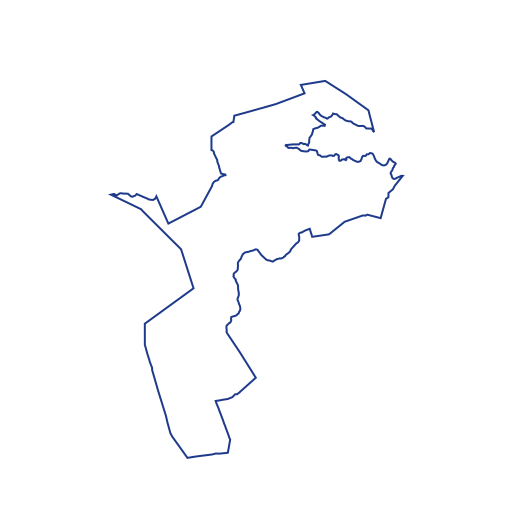 San Andrés Teotilálpam, Oaxaca, Mexico (Robinson projection), rotated 142°
{"feature_id": "50627088B65855706883459", "entity_name": "San Andrés Teotilálpam", "entity_type": "district", "adm_level": 2, "iso_a3": "MEX", "parent_name": "Mexico", "parent_adm1": "Oaxaca", "projection": "robinson", "projection_center": [-96.621, 17.951], "detail": "fine", "context": "isolated", "style": "outline", "palette": "blue", "viewbox_px": 512, "rotation_deg": 142, "n_neighbors": 0, "source": "geoboundaries", "source_scale": "gbopen_adm2", "svg_char_len": 6104}
<svg xmlns="http://www.w3.org/2000/svg" viewBox="0 0 512 512"><g transform="rotate(142 256 256)"><path d="M115.3,363.2L117.6,354.3L147.1,363.6L174.5,374.8L186.7,379.9L191.3,375.5L192.0,375.9L197.8,376.1L217.5,377.6L225.9,366.9L225.2,365.9L225.1,364.2L225.3,363.6L225.9,362.9L226.0,362.1L226.3,361.3L226.5,360.6L226.6,359.8L226.8,358.9L227.2,357.2L227.3,356.1L227.8,354.9L228.3,354.4L228.7,353.4L229.1,351.9L229.8,349.7L230.5,348.4L231.2,346.6L231.7,345.4L232.6,343.0L232.6,342.3L232.0,341.4L230.8,340.0L230.0,339.0L230.3,338.5L231.3,339.1L232.8,339.5L233.4,339.6L234.6,340.1L236.6,340.2L237.8,339.8L238.6,339.4L239.4,339.3L240.0,339.4L240.7,339.8L241.4,340.1L242.8,340.3L244.6,340.0L245.6,339.6L246.6,339.0L247.3,338.3L269.2,328.8L305.1,335.5L297.8,364.3L298.5,363.9L299.4,363.6L300.6,363.2L301.8,363.5L302.5,363.5L303.1,364.0L304.7,365.5L305.5,366.4L306.2,367.9L308.1,371.3L311.9,378.3L313.4,378.0L314.3,378.0L315.9,378.6L316.6,378.6L317.3,379.2L317.8,379.9L318.2,381.7L318.4,383.2L318.7,384.0L321.1,386.1L321.7,386.4L322.4,387.1L323.3,388.2L324.2,388.9L324.8,389.2L328.2,389.5L328.8,389.9L329.2,390.9L329.4,391.9L329.8,392.4L332.6,393.7L317.7,363.5L317.7,361.9L310.9,307.4L325.1,269.0L385.3,271.1L398.3,254.4L398.4,254.1L400.9,248.0L402.0,245.4L404.0,239.9L404.8,238.2L406.8,231.6L407.7,230.7L408.1,229.9L416.2,209.8L425.3,185.7L428.9,178.0L428.9,177.8L432.5,169.2L433.2,165.4L434.3,139.1L431.5,137.6L426.8,135.0L421.4,131.8L413.3,126.9L410.9,125.8L409.3,125.1L406.4,122.7L402.1,120.0L401.3,119.5L399.3,118.3L389.4,127.2L389.3,127.6L388.9,129.2L388.3,130.8L387.0,134.8L385.7,139.1L385.7,139.3L385.5,139.6L385.1,140.6L384.3,143.6L383.3,146.3L379.9,157.3L379.2,159.4L378.0,163.9L377.4,165.6L377.0,166.6L373.9,164.8L370.2,162.9L366.3,160.7L361.4,159.3L357.7,159.9L355.9,158.7L354.0,158.7L352.8,158.6L352.3,158.8L331.1,160.2L328.0,190.1L326.3,212.9L325.9,214.5L325.0,215.1L324.7,215.8L324.0,216.8L323.0,218.3L322.6,218.8L322.0,219.1L321.0,219.4L319.8,219.4L318.5,219.7L317.6,219.4L316.8,219.6L315.7,220.1L314.9,220.8L314.4,221.8L313.7,222.6L313.1,223.1L312.0,222.8L309.4,221.7L308.9,221.5L307.7,221.3L306.2,221.6L305.2,221.4L303.4,222.5L302.7,222.6L302.0,223.1L301.0,223.8L300.6,224.3L300.2,225.1L299.5,226.4L298.9,228.6L298.2,230.5L297.8,231.7L297.6,232.7L297.0,233.6L294.5,235.1L293.3,236.0L293.0,236.6L292.3,237.5L291.8,238.5L291.4,239.2L290.9,240.2L289.8,241.9L288.8,243.1L288.5,243.7L288.1,244.5L287.8,245.9L287.6,247.2L287.1,249.2L286.6,249.5L286.5,250.3L286.6,251.7L286.4,253.7L285.6,254.2L285.2,255.1L284.3,255.8L283.1,256.0L282.3,255.9L281.0,255.9L280.2,256.1L279.0,256.5L278.2,257.1L276.8,258.8L276.1,259.4L275.5,260.5L274.4,261.8L273.4,262.3L272.3,262.7L270.0,263.0L268.9,263.6L268.0,264.2L267.0,264.7L266.4,264.9L265.3,265.6L264.1,265.5L262.8,265.6L261.1,264.9L260.0,264.3L258.9,263.7L257.1,263.3L256.2,262.7L255.5,262.3L253.0,261.7L252.1,261.4L251.3,260.5L251.0,259.8L251.2,253.4L250.1,246.6L249.7,246.0L248.8,244.7L248.1,244.1L246.9,242.2L246.2,241.2L244.7,241.2L241.2,240.6L238.7,239.4L238.3,238.9L236.8,238.3L235.6,238.0L234.6,238.1L233.1,238.0L232.3,238.4L230.5,238.5L228.3,238.4L227.4,238.5L226.2,238.6L225.2,239.3L223.5,239.9L216.3,241.1L214.8,240.9L213.7,241.1L212.4,241.6L211.9,242.4L211.4,242.9L210.7,243.7L210.2,244.4L209.2,246.6L208.5,247.2L207.4,247.2L206.8,247.1L205.5,246.4L201.5,245.8L197.9,244.7L196.9,244.4L199.9,236.5L185.1,228.1L165.1,228.4L147.2,222.3L146.2,221.7L144.9,220.4L142.9,220.1L134.5,209.1L118.4,221.0L115.5,220.8L112.8,224.1L106.9,224.3L103.5,225.9L91.1,228.8L92.3,229.8L94.0,230.1L95.8,230.6L96.9,230.9L98.0,231.0L99.6,231.5L100.3,232.6L100.4,234.0L99.4,236.5L99.1,238.2L98.2,238.9L96.6,239.4L95.2,240.0L94.1,240.9L92.2,241.4L91.6,242.0L90.6,242.2L89.0,242.8L89.0,243.9L89.7,245.1L90.2,246.9L90.3,248.1L90.3,249.8L90.8,250.5L91.6,250.3L93.4,249.3L95.6,248.2L97.2,247.9L98.9,248.3L100.2,249.3L101.0,250.6L101.6,252.9L102.1,254.1L102.7,255.3L102.8,257.3L102.3,260.0L101.8,261.2L101.1,264.3L101.5,265.6L102.9,267.0L104.6,266.9L106.1,267.9L108.0,267.4L108.8,268.0L109.9,269.0L111.6,268.6L113.4,267.3L115.3,266.5L117.3,267.1L118.4,268.1L119.4,270.0L120.3,271.6L120.6,273.1L121.3,274.4L121.5,276.3L122.6,277.1L123.3,277.4L124.3,277.7L125.0,277.2L125.4,276.4L126.1,276.2L126.8,277.5L126.9,278.1L128.0,278.5L129.2,279.2L130.2,278.9L131.0,279.1L131.7,280.0L131.4,280.8L130.7,282.1L129.8,283.2L129.1,283.7L129.0,284.7L130.1,287.1L130.8,287.3L132.6,286.9L133.8,287.4L134.2,288.5L135.2,289.3L136.4,290.1L138.1,290.6L139.2,290.8L140.6,292.0L142.0,292.8L143.1,293.8L143.7,296.0L144.8,297.4L144.4,299.0L143.4,301.1L143.8,302.3L146.2,304.8L148.0,306.8L148.7,307.0L149.5,306.8L149.9,306.5L150.4,306.5L151.8,307.2L153.7,308.9L154.2,309.5L154.8,310.1L155.2,310.5L155.7,311.2L155.9,312.0L156.2,312.6L156.1,313.4L156.8,315.2L157.3,316.3L158.0,316.7L159.0,317.5L160.4,318.0L161.4,319.3L162.3,320.1L163.9,321.2L164.1,321.9L164.0,323.0L164.1,323.5L164.6,324.1L164.7,324.7L164.4,325.0L163.8,325.0L163.0,324.2L160.8,322.9L160.0,322.3L159.1,321.9L158.1,321.0L157.1,320.5L156.3,319.7L154.6,318.5L153.9,317.7L152.8,317.5L151.6,317.8L150.9,317.4L150.4,316.5L150.0,316.0L149.5,314.8L148.9,314.6L148.2,313.9L147.1,311.1L145.5,312.2L144.3,312.6L143.2,314.0L141.2,316.1L137.4,317.2L134.6,319.1L132.7,320.7L130.6,320.1L129.0,319.3L126.8,318.8L124.7,318.7L123.1,317.6L121.8,316.3L120.8,317.0L123.0,323.4L123.1,324.0L123.5,325.3L123.5,326.0L123.6,326.5L124.0,327.0L124.0,327.4L123.5,328.0L123.5,328.8L123.7,329.4L123.7,330.6L124.2,331.9L123.1,331.6L119.6,332.2L118.9,331.8L118.5,329.7L118.7,328.6L118.5,327.2L118.1,325.7L117.5,324.6L116.9,323.2L116.0,322.0L115.6,320.6L114.9,320.2L113.9,320.4L112.9,320.3L111.3,319.8L110.6,319.7L109.0,320.2L107.5,320.8L107.0,319.9L106.1,318.9L105.1,318.0L104.5,314.1L104.0,312.8L103.2,311.9L102.9,311.2L102.6,309.6L101.9,307.4L101.2,306.6L100.0,305.0L99.2,304.4L98.3,303.5L98.0,302.4L98.0,301.7L97.9,301.0L97.4,299.6L96.6,298.2L95.7,296.1L95.0,295.2L93.7,294.2L91.3,292.4L90.8,291.1L90.6,288.6L89.7,287.9L88.9,287.2L86.8,285.6L86.5,283.6L86.8,282.3L86.7,280.9L77.7,301.6L85.5,328.3L93.7,351.4L115.3,363.2Z" fill="none" stroke="#1e3a8a" stroke-width="2"/></g></svg>